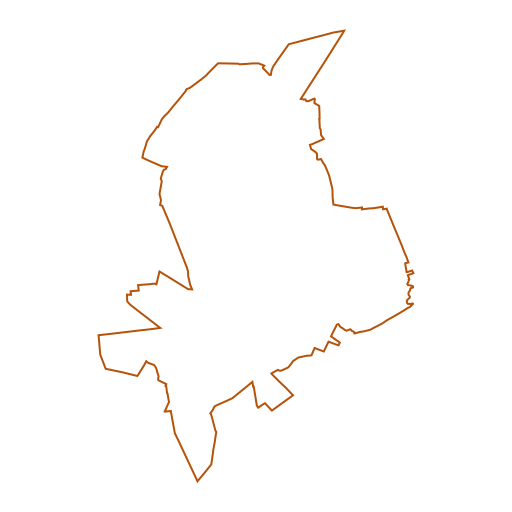 outline of Chisineu-Cris, Arad, Romania
{"feature_id": "2599482B81986259472727", "entity_name": "Chisineu-Cris", "entity_type": "district", "adm_level": 2, "iso_a3": "ROU", "parent_name": "Romania", "parent_adm1": "Arad", "projection": "equal_earth", "projection_center": [21.526, 46.496], "detail": "fine", "context": "isolated", "style": "outline", "palette": "amber", "viewbox_px": 512, "rotation_deg": 0, "n_neighbors": 0, "source": "geoboundaries", "source_scale": "gbopen_adm2", "svg_char_len": 4551}
<svg xmlns="http://www.w3.org/2000/svg" viewBox="0 0 512 512"><path d="M208.6,467.8L209.7,466.5L211.2,464.6L211.7,461.7L212.3,457.7L212.8,453.9L213.2,450.6L213.7,447.7L214.6,443.0L215.6,436.3L215.9,434.3L216.3,432.3L216.2,431.7L215.5,430.9L212.0,417.6L211.0,414.1L210.6,413.7L210.3,413.4L211.6,411.6L213.1,409.4L214.0,407.5L214.4,406.6L215.0,406.2L217.3,405.0L223.7,402.2L228.5,400.0L232.4,398.2L233.5,397.3L241.0,391.2L244.7,388.2L252.4,381.9L252.7,383.7L253.2,386.7L253.7,386.6L254.2,389.3L255.5,397.4L256.5,403.5L256.8,405.6L258.2,407.7L260.9,405.8L263.8,403.9L265.0,403.2L271.9,410.6L282.2,403.1L291.5,396.4L292.7,395.5L293.0,395.3L288.6,390.7L286.2,388.1L279.9,382.2L272.1,374.4L271.4,373.4L277.8,369.9L278.7,370.4L280.5,370.8L282.0,370.3L284.0,369.4L286.0,368.5L288.1,367.5L289.7,365.7L292.7,361.6L293.0,361.1L296.0,359.1L298.3,357.6L299.1,357.3L301.5,356.9L305.2,356.0L307.1,355.7L309.8,355.6L311.5,355.3L314.6,348.0L323.8,351.5L328.5,341.7L335.8,344.4L338.5,345.3L339.8,342.5L331.0,336.4L331.1,336.2L332.4,333.6L334.2,329.8L335.7,327.0L336.8,324.7L338.4,324.1L340.4,326.9L343.3,328.7L343.7,329.1L344.9,330.0L346.7,330.7L348.7,329.9L350.2,329.3L350.7,329.7L351.2,330.0L351.9,331.0L353.3,331.5L353.9,331.8L354.4,332.3L354.3,333.4L354.4,333.5L358.5,332.4L359.7,332.0L363.2,331.5L370.2,329.8L372.3,328.6L382.0,323.6L387.2,320.1L398.9,313.5L405.7,309.3L408.0,307.8L409.8,307.1L413.0,303.9L412.7,303.5L410.0,304.0L407.8,303.8L407.0,302.9L406.8,301.5L407.0,300.2L409.7,297.7L409.8,296.5L408.5,294.6L408.5,293.3L408.6,292.3L409.8,290.8L410.1,289.9L410.3,288.7L410.7,288.2L412.3,287.7L413.1,287.4L413.1,286.7L412.6,286.0L410.4,285.5L407.8,285.0L407.3,284.0L408.1,282.3L408.9,280.4L408.7,279.5L409.3,279.1L407.8,275.2L413.4,273.2L412.1,270.5L408.8,271.6L407.9,271.9L406.6,272.1L405.2,263.6L405.3,263.2L405.6,263.1L408.4,262.5L408.2,261.8L406.1,256.2L405.2,254.2L403.7,250.6L401.6,245.0L395.5,230.4L389.6,216.0L386.7,208.9L386.7,208.7L383.1,209.3L382.8,206.7L375.0,208.0L372.2,208.3L368.6,208.5L361.9,209.4L362.0,207.5L356.5,208.1L354.7,208.1L350.9,207.6L337.9,205.4L333.7,204.6L333.4,204.6L332.6,196.8L332.5,190.6L332.1,187.7L329.1,175.5L325.7,167.0L324.3,164.3L323.5,163.6L321.0,159.0L318.2,159.7L317.4,159.4L316.9,158.6L317.0,157.9L317.1,156.0L316.9,153.5L315.4,152.0L311.1,149.0L309.9,144.9L312.5,144.0L323.8,139.0L321.1,135.1L320.6,129.4L319.8,128.1L319.4,119.7L319.2,118.9L319.6,118.7L319.5,112.7L319.2,105.9L314.4,103.1L314.4,102.2L314.7,100.4L314.9,99.5L314.7,98.9L314.3,98.6L310.3,100.3L308.4,101.1L307.3,101.3L306.4,101.2L305.4,99.4L304.7,99.4L304.3,99.5L303.9,99.6L302.9,99.3L301.9,99.1L300.8,98.9L325.0,61.3L343.1,32.6L343.3,32.2L344.1,30.7L334.3,32.4L333.9,32.4L322.7,35.4L311.8,38.2L288.9,44.2L288.6,44.5L278.5,58.7L273.5,66.0L272.6,67.9L271.5,70.8L271.1,73.1L270.9,74.9L269.3,74.9L269.2,74.7L268.8,74.1L268.2,73.5L266.9,72.1L263.4,68.6L263.0,68.2L262.9,67.9L262.8,67.7L263.0,67.1L263.3,66.7L264.2,65.6L259.4,63.7L258.8,63.5L258.0,63.4L254.3,63.4L252.9,63.4L249.9,63.6L247.0,63.9L240.8,64.2L239.5,64.3L239.2,64.2L238.9,64.0L238.4,63.7L230.0,63.5L218.1,63.3L216.6,64.7L208.2,73.2L206.1,75.5L201.8,79.0L190.0,87.8L186.7,89.1L186.2,89.6L185.7,91.0L179.5,98.8L174.1,105.2L171.1,108.8L168.0,112.7L164.3,116.2L161.8,119.3L159.3,124.7L158.0,127.2L157.1,126.8L154.7,130.5L150.3,136.0L149.5,137.2L148.2,139.4L147.0,141.2L144.9,148.3L143.7,151.5L142.4,157.6L145.2,159.0L152.7,162.4L154.9,163.3L161.6,166.2L167.0,166.9L166.6,167.6L165.9,169.0L164.0,169.7L163.4,170.4L162.7,172.1L160.8,178.4L160.8,178.9L161.6,180.6L161.7,181.7L160.2,190.1L159.6,193.3L159.6,194.5L160.1,196.4L161.0,200.2L160.1,205.0L161.3,205.4L162.3,205.9L166.3,215.4L169.5,223.0L182.9,257.3L187.1,268.1L187.4,269.7L188.0,270.9L188.2,276.2L190.2,284.9L192.1,289.4L188.2,289.2L159.5,271.5L156.4,284.3L155.6,284.1L155.4,283.7L152.5,283.8L148.9,284.3L141.4,284.8L138.1,285.1L138.7,290.6L130.6,291.2L131.0,294.8L127.0,294.6L127.2,300.8L127.3,301.5L130.3,304.8L136.6,309.7L160.2,327.9L152.4,329.0L138.1,330.6L109.3,334.0L98.6,335.2L99.5,346.2L99.9,350.5L100.3,354.8L105.7,368.8L123.8,372.6L137.4,376.0L143.9,365.6L146.3,361.2L148.0,362.8L154.1,365.0L156.1,368.0L156.8,370.3L157.1,370.9L157.0,371.3L157.6,373.1L158.6,376.2L158.4,377.1L158.2,378.0L158.2,378.9L158.2,379.4L158.4,380.3L166.3,384.1L166.1,384.6L165.5,385.9L166.2,386.3L167.1,393.3L167.5,393.5L168.7,400.5L169.0,402.0L164.7,411.5L165.0,411.6L170.8,411.0L173.3,424.9L174.9,433.4L178.8,441.3L181.2,446.5L195.4,476.8L196.4,478.8L197.5,481.3L197.9,480.8L203.8,473.7L208.6,467.8Z" fill="none" stroke="#b45309" stroke-width="2"/></svg>